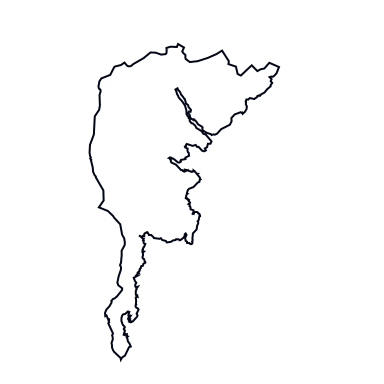 the district of Kvam nor, Hordaland, Norway, rotated 347°
{"feature_id": "86288312B50170416612347", "entity_name": "Kvam nor", "entity_type": "district", "adm_level": 2, "iso_a3": "NOR", "parent_name": "Norway", "parent_adm1": "Hordaland", "projection": "orthographic", "projection_center": [6.141, 60.317], "detail": "fine", "context": "isolated", "style": "outline", "palette": "ink", "viewbox_px": 384, "rotation_deg": 347, "n_neighbors": 0, "source": "geoboundaries", "source_scale": "gbopen_adm2", "svg_char_len": 6035}
<svg xmlns="http://www.w3.org/2000/svg" viewBox="0 0 384 384"><g transform="rotate(347 192 192)"><path d="M126.7,63.3L124.6,68.1L124.6,70.3L125.8,71.7L125.6,73.3L123.7,76.8L121.7,87.1L120.0,91.0L114.3,96.4L109.3,113.9L103.2,123.1L101.0,130.8L100.8,134.2L101.2,135.6L100.3,136.5L101.1,138.0L100.7,138.4L100.8,145.7L100.2,149.9L100.8,153.4L101.8,155.3L101.6,156.2L106.0,170.5L104.0,180.4L97.8,186.0L105.7,191.5L109.6,197.4L110.6,200.0L114.8,207.3L114.3,217.7L115.5,222.0L115.2,226.3L114.3,228.8L110.2,233.4L109.3,237.7L106.9,244.9L105.4,247.1L105.9,249.2L105.4,251.4L101.5,257.8L98.9,263.5L99.2,266.3L102.3,270.1L101.8,271.8L95.5,276.8L92.6,278.3L91.1,278.4L88.8,280.1L89.0,281.0L88.5,281.9L85.8,284.8L82.0,287.4L80.0,290.4L79.6,293.4L80.9,293.0L81.6,296.9L82.6,297.3L82.3,298.4L81.7,298.7L82.0,300.3L80.9,301.1L83.2,312.1L81.9,313.7L82.1,314.7L81.7,317.7L79.6,321.1L79.6,323.5L79.1,325.1L79.4,328.1L80.1,330.2L85.1,337.7L85.0,339.3L86.7,337.5L89.9,336.3L95.8,329.0L97.6,328.8L97.0,325.6L95.9,322.9L96.1,320.4L95.6,318.6L96.8,318.3L96.5,318.0L96.7,317.6L96.2,316.3L96.4,315.9L95.7,315.9L95.9,317.1L95.1,315.4L94.1,316.2L93.3,315.7L95.5,311.8L94.7,310.5L94.9,309.6L96.0,309.0L96.0,307.8L94.7,306.0L94.2,301.8L95.0,298.7L96.2,296.6L97.6,295.6L99.2,295.9L102.6,294.0L103.1,294.2L102.9,294.9L103.8,295.0L102.3,297.7L102.7,298.0L102.4,298.9L103.0,298.8L102.2,299.8L103.8,299.5L101.7,301.6L102.6,301.9L102.1,302.5L102.8,302.5L102.6,302.8L103.4,302.5L102.3,303.7L102.7,304.1L102.4,304.5L103.1,304.6L102.7,305.0L103.0,305.2L105.1,304.8L110.3,301.3L111.2,299.9L110.7,298.0L113.5,294.6L113.1,293.3L111.8,292.3L111.3,291.0L111.5,289.8L112.3,289.2L112.1,288.7L113.1,285.4L113.5,282.1L114.6,281.9L114.9,281.0L115.4,281.5L115.4,280.2L114.4,280.0L114.2,279.2L114.9,276.0L116.0,274.6L115.8,274.0L117.8,272.1L116.1,272.3L115.5,271.4L115.8,269.6L117.3,267.9L116.5,266.2L115.9,262.5L120.5,261.2L119.3,260.5L120.6,259.9L119.8,259.9L120.9,259.3L120.8,258.7L121.4,258.5L121.3,258.1L121.5,257.7L121.5,258.9L122.0,259.2L121.7,257.9L122.9,257.4L123.1,256.5L123.8,256.1L123.8,255.3L125.0,254.6L125.7,252.9L127.5,252.8L128.6,250.9L130.6,250.4L130.7,249.4L130.3,248.9L130.2,246.6L129.3,245.8L129.0,244.5L130.2,242.3L130.4,240.1L131.7,239.3L130.3,238.9L131.0,237.6L130.7,237.6L130.9,236.9L132.2,235.2L131.8,235.2L132.9,234.8L134.8,232.1L133.5,231.1L133.6,229.1L134.0,228.6L133.4,228.1L134.4,226.8L133.6,226.5L132.2,224.1L130.5,222.5L132.3,223.8L133.1,225.2L133.4,225.3L133.5,224.4L134.3,223.7L135.5,224.3L136.0,222.2L136.6,221.7L139.3,221.0L139.7,221.5L139.4,222.0L140.3,223.2L140.4,224.3L142.5,224.7L144.3,227.3L144.5,228.3L149.8,230.3L151.2,230.0L152.2,232.1L155.5,233.8L156.1,235.5L160.4,235.8L162.5,234.9L165.2,235.1L165.9,234.4L168.4,235.2L169.1,235.7L169.1,236.2L170.0,236.2L173.3,234.7L174.7,233.5L175.5,231.5L176.1,231.1L176.3,231.3L176.0,232.1L176.6,231.4L177.0,232.6L175.0,235.1L174.8,238.2L176.0,239.3L175.8,240.6L177.8,241.0L178.6,242.3L179.9,242.7L181.0,241.8L181.2,240.7L180.9,240.4L181.9,238.8L181.8,237.9L183.6,232.5L188.1,229.5L189.4,226.0L190.9,224.1L191.3,222.5L190.9,221.8L192.2,220.8L193.7,217.4L194.4,217.4L194.6,216.5L194.2,216.3L194.2,214.8L193.2,214.2L193.1,213.3L192.4,212.6L189.9,212.1L189.0,213.4L188.8,213.0L187.1,214.0L189.0,211.7L189.4,210.2L186.7,208.5L187.1,206.3L186.4,205.3L186.9,204.4L186.8,203.6L185.9,203.0L187.7,202.0L186.6,199.6L187.3,199.1L185.9,197.2L185.7,197.5L185.3,196.8L185.5,196.0L184.9,197.0L184.5,196.6L186.3,192.9L187.0,192.7L186.7,192.5L187.0,191.5L188.5,189.0L190.0,188.2L194.6,187.5L199.7,184.1L201.4,183.9L202.1,182.2L203.2,181.6L202.7,180.9L202.9,179.7L200.9,175.7L201.4,175.5L200.7,175.3L199.2,172.3L198.4,172.3L198.9,171.9L198.4,171.3L198.3,171.9L195.6,172.0L193.2,170.3L193.0,169.7L191.6,170.1L190.8,169.7L191.1,169.1L189.8,168.5L189.6,168.8L190.1,170.2L189.2,170.5L187.9,169.6L187.3,168.4L186.3,168.2L182.5,161.7L178.6,158.7L178.2,157.6L178.5,156.9L178.3,155.6L177.9,155.0L177.9,154.0L177.3,153.7L178.2,153.3L179.6,154.0L179.9,155.0L180.9,155.0L182.3,156.5L184.9,160.0L186.5,160.5L188.0,159.9L187.8,158.9L188.6,158.2L192.6,158.5L193.2,158.3L193.0,157.5L193.3,157.0L197.3,156.0L197.6,153.2L197.0,152.3L196.9,150.9L197.5,148.7L196.5,148.2L196.1,147.0L195.4,146.9L195.3,146.1L196.4,145.9L197.0,144.5L197.7,144.0L203.0,147.2L206.2,147.0L207.1,149.3L208.5,149.4L211.2,154.1L213.2,155.1L214.9,154.6L214.3,152.5L216.8,151.7L218.3,148.6L220.9,149.1L222.4,147.1L218.1,138.8L216.3,138.0L214.9,134.7L210.6,130.5L210.1,128.1L208.1,125.3L206.9,124.8L205.7,122.2L206.1,121.1L206.0,120.2L205.3,119.0L205.4,117.5L204.8,117.1L204.2,114.8L204.9,110.9L204.6,106.2L202.9,101.6L200.3,97.0L200.0,94.6L199.5,93.7L199.3,90.1L198.9,88.4L201.2,87.7L201.6,90.0L202.3,90.6L203.1,92.9L203.1,94.2L204.9,97.7L205.3,99.2L205.9,99.8L206.1,104.4L207.8,106.6L207.7,108.3L209.5,111.8L208.6,113.5L207.1,112.9L206.4,113.8L206.3,114.8L207.0,116.0L207.1,118.8L207.5,120.2L209.4,122.0L209.5,121.4L210.1,121.4L211.8,123.9L213.2,127.5L216.5,130.7L216.8,131.6L216.4,132.2L216.3,133.8L216.9,135.0L219.9,137.8L223.6,140.0L223.9,140.9L226.0,140.7L227.1,141.3L229.4,140.9L234.6,137.3L244.0,135.0L246.5,132.0L247.0,128.8L251.1,126.0L257.4,125.2L258.1,126.1L258.8,125.9L259.0,127.2L261.6,125.8L263.7,123.6L264.7,121.1L264.2,118.4L264.9,116.7L264.6,116.0L265.8,114.1L267.5,114.6L269.5,113.5L273.6,115.4L277.0,114.0L277.3,113.6L276.8,113.8L277.3,113.2L280.1,113.5L281.3,112.4L285.0,111.4L288.3,108.8L292.4,106.7L292.6,105.6L294.7,103.8L293.6,101.8L294.9,100.0L293.4,97.5L295.0,97.3L296.5,97.9L298.1,97.4L301.0,95.4L304.9,89.8L296.4,83.5L290.3,87.9L286.3,87.9L282.9,88.9L278.7,82.0L265.8,89.5L263.0,87.3L263.0,79.7L256.3,75.6L257.3,72.8L253.1,61.0L247.0,63.1L237.6,64.9L226.9,65.8L219.1,64.9L215.8,61.0L215.8,59.4L216.4,57.0L214.8,54.8L214.1,52.9L216.7,49.4L211.7,44.7L209.9,47.3L203.7,45.6L199.5,45.9L199.2,48.2L198.3,51.0L197.2,51.7L192.9,51.2L188.0,48.1L183.0,46.7L174.9,50.7L163.7,54.1L160.8,55.6L158.1,55.2L157.0,54.0L155.3,50.7L151.4,52.3L145.3,52.4L144.3,52.8L138.7,59.5L129.3,60.9L126.7,63.3Z" fill="none" stroke="#020617" stroke-width="2"/></g></svg>